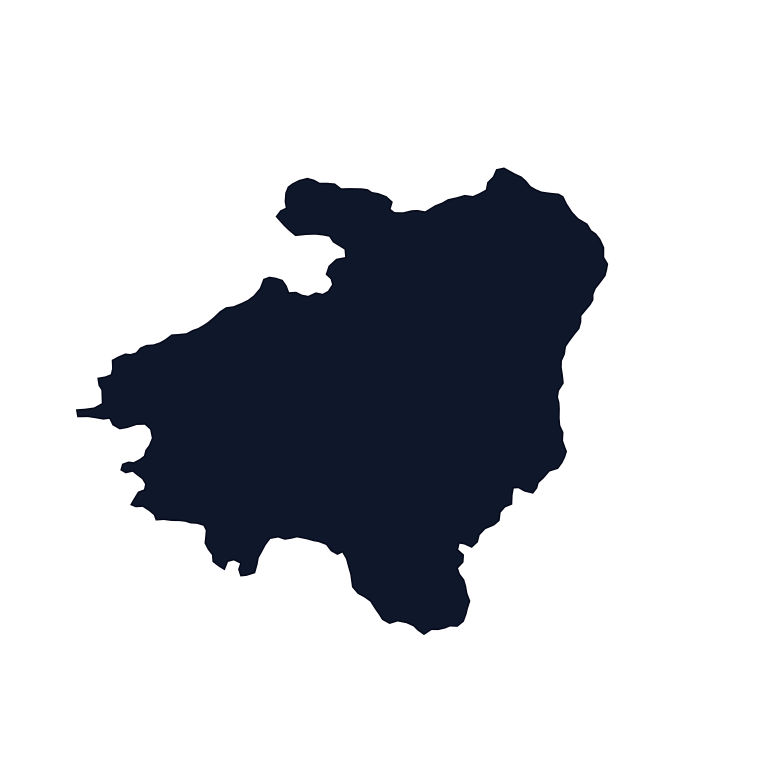 Santa Rita do Itueto, Minas Gerais, Brazil, rotated 42°
{"feature_id": "56859067B20949833690763", "entity_name": "Santa Rita do Itueto", "entity_type": "district", "adm_level": 2, "iso_a3": "BRA", "parent_name": "Brazil", "parent_adm1": "Minas Gerais", "projection": "orthographic", "projection_center": [-41.399, -19.406], "detail": "fine", "context": "isolated", "style": "filled", "palette": "ink", "viewbox_px": 768, "rotation_deg": 42, "n_neighbors": 0, "source": "geoboundaries", "source_scale": "gbopen_adm2", "svg_char_len": 3590}
<svg xmlns="http://www.w3.org/2000/svg" viewBox="0 0 768 768"><g transform="rotate(42 384 384)"><path d="M581.1,543.2L583.3,534.6L588.6,529.9L592.4,524.4L594.7,519.6L600.4,514.9L601.6,507.3L598.8,500.3L596.1,495.3L592.8,488.0L585.7,484.4L579.7,479.7L574.2,476.3L567.2,475.0L561.5,471.8L561.7,463.6L557.3,458.0L549.5,458.1L546.0,451.9L550.6,448.9L558.2,446.5L558.9,438.9L555.5,432.5L555.7,423.9L559.8,415.2L560.7,408.5L556.0,401.7L555.9,394.4L559.1,387.9L553.3,380.9L549.4,374.7L553.3,370.8L559.9,369.4L567.4,365.4L566.9,359.1L564.4,354.2L565.1,347.1L564.9,338.0L569.4,330.4L568.7,323.6L567.1,317.8L564.6,312.2L560.0,309.9L554.4,306.8L549.2,300.4L542.2,297.4L536.7,292.2L530.9,285.5L526.5,281.1L521.5,277.8L517.9,272.3L516.4,263.5L510.4,258.1L504.4,253.2L500.1,248.1L497.9,241.2L493.6,234.8L492.7,228.2L491.9,219.4L491.6,212.5L488.5,206.3L484.4,201.6L484.1,194.2L483.9,187.2L482.8,181.8L479.1,177.7L476.9,171.6L476.4,163.6L475.6,155.5L472.6,149.9L469.8,145.4L462.3,143.0L455.9,135.8L447.6,132.2L440.9,131.0L435.1,131.7L427.9,129.5L417.4,131.6L408.5,130.8L398.9,128.2L391.6,125.2L386.7,126.3L381.6,130.1L377.3,133.1L372.5,136.3L366.7,138.3L360.5,139.6L353.7,138.5L347.6,138.5L340.4,140.7L328.8,143.4L324.4,149.5L326.9,156.9L326.5,164.9L330.4,171.3L327.9,178.6L324.9,185.3L318.0,190.0L313.8,196.8L308.5,204.2L306.3,210.8L303.0,217.4L299.7,228.6L292.8,232.9L288.9,236.8L283.9,244.1L277.2,249.9L271.4,250.3L268.2,243.5L260.3,243.5L252.3,246.6L247.0,250.0L241.9,250.8L236.9,254.1L233.0,257.5L227.6,262.2L221.6,267.9L213.6,268.5L207.5,273.1L202.0,278.1L195.6,279.6L189.6,282.6L185.0,289.5L182.3,296.4L181.2,301.7L183.4,307.7L188.7,314.5L194.0,318.6L191.5,324.5L192.1,331.5L198.3,332.2L204.1,332.8L210.5,333.0L218.8,332.7L226.0,324.7L232.7,318.3L238.8,313.9L244.6,310.4L251.3,312.2L256.8,311.2L264.9,309.7L271.2,315.6L265.4,323.2L264.5,333.3L267.9,341.0L274.3,341.0L279.5,344.4L280.8,352.4L278.7,358.5L272.6,362.0L269.3,369.7L263.5,373.2L257.4,374.9L252.2,380.2L245.8,376.8L239.1,375.2L232.7,378.1L227.5,381.5L224.8,386.7L228.3,395.7L228.6,405.7L227.2,412.8L224.5,419.5L220.6,427.5L215.9,433.0L214.0,440.1L213.4,448.6L212.3,456.2L210.9,461.5L209.0,467.3L206.3,472.1L203.8,478.9L198.5,484.7L193.6,489.7L192.0,498.0L190.1,503.5L186.7,509.4L181.9,514.3L179.1,520.3L179.3,526.7L176.1,531.9L171.9,534.9L168.9,541.3L166.4,548.1L172.2,554.0L175.3,559.6L172.3,565.4L167.8,571.1L173.3,575.6L178.3,576.9L182.5,581.2L188.0,587.0L184.8,595.9L178.9,602.9L173.1,608.9L178.3,613.0L185.7,606.1L192.2,601.8L198.8,597.7L203.0,592.8L209.9,595.6L217.6,593.9L222.1,588.1L227.0,579.5L233.2,573.6L240.9,573.6L248.3,579.1L251.0,586.6L251.6,592.6L254.4,597.9L253.3,603.5L250.8,610.2L246.6,613.0L243.6,618.5L246.1,623.7L251.4,622.6L255.5,616.7L261.3,616.4L268.0,615.8L274.0,617.7L277.0,622.9L274.0,628.7L275.6,637.3L276.8,642.8L281.6,641.1L286.5,636.1L294.3,634.9L300.8,634.7L305.6,637.3L310.8,631.9L317.4,627.3L323.5,622.0L328.0,618.8L333.2,616.4L338.2,612.4L344.6,609.4L349.9,611.4L353.4,616.0L357.6,621.8L364.2,624.3L370.9,625.5L375.8,630.2L383.1,629.6L389.3,628.5L386.3,620.5L390.0,614.9L397.6,612.8L400.1,618.8L405.9,622.2L409.6,618.2L414.0,610.8L410.1,602.9L406.6,597.4L405.2,591.2L403.2,583.2L402.4,575.0L407.6,568.3L414.0,565.6L418.2,560.4L421.4,555.7L426.2,552.8L430.9,550.1L436.4,547.4L440.8,544.6L448.6,541.6L456.4,543.1L463.2,541.6L465.4,536.3L473.0,538.7L480.1,543.3L486.8,547.5L491.4,551.4L496.5,555.7L505.0,556.8L511.7,555.1L519.4,554.2L527.9,556.6L534.6,558.1L540.4,559.8L548.2,558.0L552.5,550.8L560.4,546.1L568.0,543.7L573.6,544.0L581.1,543.2Z" fill="#0f172a" stroke="#020617" stroke-width="1.5"/></g></svg>